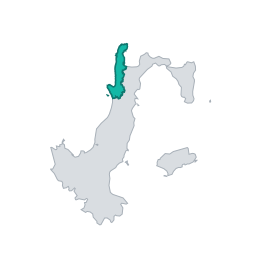 location of Puglia, Bari, Italy, rotated 245°
{"feature_id": "23120603B69806914684511", "entity_name": "Puglia", "entity_type": "district", "adm_level": 2, "iso_a3": "ITA", "parent_name": "Italy", "parent_adm1": "Bari", "projection": "natural_earth1", "projection_center": [17.16, 41.008], "detail": "fine", "context": "in_parent", "style": "filled", "palette": "teal", "viewbox_px": 256, "rotation_deg": 245, "n_neighbors": 0, "source": "geoboundaries", "source_scale": "gbopen_adm2", "svg_char_len": 8699}
<svg xmlns="http://www.w3.org/2000/svg" viewBox="0 0 256 256"><g transform="rotate(245 128 128)"><path d="M55.1,59.7L56.5,60.4L61.9,58.8L65.1,59.7L67.9,58.2L69.7,55.7L69.4,53.9L73.8,51.0L74.1,54.3L76.5,56.6L78.8,57.1L78.2,58.5L80.4,61.3L81.3,61.0L81.7,60.5L81.2,58.2L84.6,53.6L84.8,50.5L85.4,50.2L87.0,50.4L88.2,53.3L93.6,52.4L95.4,54.6L96.3,54.2L95.0,50.4L95.7,48.4L97.1,48.1L98.1,49.0L100.2,49.3L100.3,48.1L99.8,47.3L100.6,44.0L103.7,44.3L105.5,45.5L107.6,45.5L109.5,42.8L111.0,42.2L117.9,42.0L123.1,40.4L123.5,40.8L122.6,42.0L122.9,42.8L125.9,46.7L143.0,49.8L142.7,50.7L139.0,53.1L138.7,54.1L139.2,54.9L142.0,55.5L140.1,57.8L140.1,58.6L141.5,58.8L141.3,61.6L143.1,62.4L145.1,64.8L143.0,65.3L143.9,64.6L141.9,62.2L139.7,63.3L136.3,62.2L133.9,64.5L126.0,67.3L127.4,66.0L126.8,66.0L123.9,67.7L123.2,71.1L125.4,74.5L127.1,75.7L126.2,77.7L125.2,78.5L123.8,77.9L123.4,79.8L124.0,84.7L125.2,88.1L129.0,92.0L131.8,93.2L140.5,99.1L143.6,105.7L146.2,113.9L148.5,117.0L153.2,121.4L157.6,124.7L161.6,126.6L172.3,126.6L175.0,127.3L175.3,128.7L174.8,129.6L171.6,131.9L171.4,133.8L172.9,135.1L180.1,138.5L187.5,141.4L192.5,145.1L199.0,148.3L204.1,153.1L205.9,155.6L206.2,157.6L205.0,161.0L204.3,162.4L200.7,160.4L197.8,154.6L191.5,153.6L189.6,152.6L188.6,150.8L186.6,150.7L185.2,151.6L181.7,157.0L179.8,161.7L179.7,163.6L180.7,165.5L183.8,166.5L187.7,169.8L187.8,174.0L188.5,176.3L187.5,177.7L185.5,177.3L182.8,178.2L180.9,179.7L180.1,181.1L179.9,186.3L176.3,189.0L173.3,194.3L168.7,194.3L167.7,192.7L167.6,190.3L168.4,188.8L170.1,188.1L171.2,185.1L170.9,182.9L171.5,181.9L175.2,180.4L175.4,177.3L174.0,175.9L172.9,170.3L168.5,159.5L167.0,158.5L163.1,158.2L158.5,155.3L158.2,154.1L159.0,153.0L158.4,151.4L157.0,148.7L156.0,148.0L150.3,149.2L151.9,147.0L149.9,145.6L146.3,145.6L146.4,144.6L143.9,140.2L142.2,138.4L135.7,137.5L133.6,138.3L130.4,135.5L127.5,134.5L120.1,126.5L116.6,124.2L114.4,120.7L109.9,118.4L107.8,119.0L107.3,118.5L108.4,117.8L108.2,116.5L105.2,113.1L103.4,112.0L102.2,109.8L99.7,109.2L99.8,105.3L98.9,102.4L97.3,100.1L96.5,94.4L95.8,92.8L93.9,91.5L89.8,90.2L84.0,86.5L77.1,84.8L74.3,86.1L66.7,94.0L59.9,95.8L59.8,94.2L62.5,90.5L62.0,89.1L57.8,89.6L52.4,86.3L51.7,83.3L53.4,80.5L54.4,79.9L53.9,78.0L50.6,76.4L49.4,74.0L49.3,73.2L50.2,72.7L52.2,72.9L55.3,71.1L56.3,68.7L51.9,62.7L52.1,61.5L55.1,59.7ZM126.2,93.5L126.5,92.1L125.1,93.0L125.4,93.7L126.2,93.5ZM167.5,188.7L162.0,196.9L160.1,202.5L160.4,204.6L161.9,206.1L161.1,206.7L162.8,209.3L162.8,210.1L160.3,213.0L160.2,215.6L155.6,215.2L151.9,213.7L150.1,210.7L148.6,209.5L147.0,208.5L143.8,208.6L142.3,208.0L133.8,202.1L130.4,200.6L126.6,200.2L125.0,198.9L123.8,196.3L125.4,192.4L128.0,190.2L130.3,192.7L132.3,191.9L132.4,191.1L133.8,190.0L135.6,190.0L142.3,193.6L145.9,192.6L149.1,193.0L152.1,192.5L156.0,190.4L160.5,190.7L165.7,188.3L167.5,188.7ZM86.9,144.4L89.1,150.9L86.8,154.8L87.5,159.1L85.2,173.5L84.1,173.9L78.4,172.2L77.8,175.6L77.0,176.9L75.8,177.8L72.7,177.5L69.7,172.8L69.6,168.1L70.3,166.8L70.4,164.1L71.6,163.9L71.8,162.1L71.1,161.1L69.9,160.7L70.0,158.7L70.9,157.1L71.0,154.4L69.5,150.9L67.4,148.3L68.0,143.9L69.8,145.0L72.6,145.0L76.0,143.3L81.7,138.1L82.4,139.0L84.6,139.9L86.7,142.1L85.9,143.6L86.9,144.4ZM98.0,111.1L98.5,112.1L98.3,113.5L97.2,112.7L94.4,113.0L94.2,112.3L97.5,111.7L98.0,111.1ZM70.4,175.2L69.6,176.8L68.8,174.6L68.9,174.3L70.4,175.2ZM69.7,140.7L68.4,142.5L67.8,142.5L69.4,140.4L69.7,140.7ZM118.3,214.4L116.8,214.0L116.7,213.2L117.9,213.3L118.3,214.4ZM145.2,146.8L143.9,147.3L144.0,146.5L145.2,146.8Z" fill="#d9dde1" stroke="#a8b0b8" stroke-width="1"/><path d="M158.8,133.7L159.6,134.4L159.7,134.8L159.9,134.7L159.9,134.9L160.6,135.2L160.7,135.3L160.4,135.5L160.6,135.8L160.3,135.9L160.1,136.1L160.2,136.8L161.0,137.1L161.0,137.3L161.1,137.5L161.3,137.7L162.0,137.6L161.9,137.7L162.2,137.8L162.6,137.8L163.0,138.2L163.0,138.4L162.6,138.5L162.8,139.1L162.3,139.3L162.1,139.6L162.0,139.8L162.2,140.0L162.5,140.1L162.7,140.4L162.8,140.5L163.2,140.9L163.5,140.7L164.0,140.8L164.2,141.0L164.6,140.6L164.8,140.8L165.0,140.8L165.2,141.1L165.7,141.1L165.8,141.2L166.5,141.5L166.5,141.2L167.0,140.8L167.6,140.7L167.9,140.9L168.2,140.9L168.2,141.0L168.5,141.0L169.2,140.7L169.6,141.0L170.0,140.9L170.0,140.7L170.4,140.4L170.4,140.2L170.6,140.3L170.7,140.2L170.9,140.2L171.1,140.1L171.3,140.3L171.6,140.5L172.1,140.6L172.1,140.9L172.4,140.8L172.5,140.9L172.4,141.1L172.7,141.5L172.8,141.4L173.0,141.5L173.2,141.8L173.1,142.0L173.1,142.5L172.8,142.9L172.3,142.9L172.4,143.1L173.9,143.8L174.3,144.2L174.5,144.0L174.5,143.8L174.9,143.6L175.4,143.8L175.6,144.0L175.8,144.9L176.1,145.4L176.4,145.8L176.9,146.1L177.4,146.7L177.8,146.9L178.1,147.4L178.4,147.5L178.7,147.3L179.1,146.9L179.4,146.4L179.6,146.7L179.6,146.9L179.9,147.1L180.0,147.1L179.9,146.9L180.0,146.8L179.8,146.7L180.1,146.5L180.3,146.8L180.5,146.8L180.3,146.5L180.5,146.4L180.7,146.6L181.2,146.6L181.3,146.6L181.3,146.8L181.5,146.8L181.6,146.7L181.7,146.8L182.4,147.3L182.2,147.4L182.1,147.5L182.3,147.7L182.5,147.7L182.2,148.6L182.3,148.9L182.5,149.2L182.3,149.3L182.3,149.5L182.2,149.9L182.4,150.3L182.3,150.5L182.6,150.7L182.4,151.2L182.7,151.5L182.8,151.4L182.8,151.5L183.2,151.6L183.5,151.6L183.6,152.0L183.9,152.4L184.1,152.4L184.1,152.6L184.3,152.6L185.1,151.7L186.1,151.0L187.1,150.6L187.7,150.5L188.1,150.7L188.1,151.0L188.3,150.8L188.2,150.9L188.4,150.9L188.5,151.1L188.7,151.3L188.8,151.4L188.7,151.3L188.8,151.3L188.8,151.2L189.1,151.3L189.0,151.2L189.2,151.3L189.5,151.5L189.5,151.8L189.5,152.0L189.3,152.2L189.0,152.2L188.9,152.4L189.2,152.4L189.9,152.8L190.2,152.9L190.3,153.1L190.9,153.3L191.5,153.7L192.1,153.8L192.3,154.0L192.8,154.1L193.0,154.4L195.3,154.2L197.2,154.4L197.5,154.6L197.8,154.5L198.1,154.8L198.2,155.0L198.2,154.9L198.4,155.1L198.4,155.3L198.2,155.1L198.6,155.6L198.5,155.9L198.6,156.2L199.1,156.7L199.2,156.8L199.3,156.8L199.4,157.0L199.5,157.0L199.8,157.5L199.8,157.9L199.7,158.2L199.3,158.4L199.6,158.5L199.9,158.8L199.9,159.1L199.9,159.3L199.7,159.4L199.8,159.8L200.0,160.0L200.3,160.6L202.0,161.9L202.4,162.1L203.3,162.1L203.9,162.6L204.1,162.6L204.3,162.9L204.6,162.8L205.0,162.4L204.9,162.0L205.1,161.2L204.9,160.9L205.3,159.5L205.4,159.3L205.5,159.4L205.5,158.9L206.1,158.6L206.2,158.0L206.7,157.5L206.5,157.2L206.5,156.9L206.2,156.8L206.3,156.7L206.0,156.2L205.9,156.1L205.8,155.8L205.9,155.5L205.6,155.0L205.6,154.8L205.4,154.7L205.5,154.6L205.4,154.4L204.9,154.0L204.5,153.5L203.9,153.0L203.8,152.9L203.8,152.7L203.4,152.4L202.8,151.7L202.3,151.4L201.3,151.0L201.2,150.8L200.7,150.4L200.7,150.2L200.2,149.9L200.1,149.7L200.2,149.2L199.8,148.8L199.8,148.6L199.6,148.4L199.4,148.4L199.5,148.4L199.4,148.5L199.3,148.3L199.2,148.4L199.0,148.6L198.9,148.6L198.6,148.5L199.0,148.4L199.1,148.1L199.2,148.3L199.2,148.1L199.6,148.1L199.0,148.1L198.8,147.7L198.6,147.8L197.4,147.6L196.9,147.3L196.9,147.2L196.2,146.9L195.7,146.5L193.7,145.8L192.9,145.5L191.7,144.6L191.4,144.2L190.9,144.0L190.7,143.6L190.2,143.1L190.3,143.1L190.1,143.1L189.8,142.8L189.7,142.9L189.3,142.5L188.9,142.4L188.6,142.0L188.0,141.8L187.5,141.5L187.5,141.4L187.5,141.5L186.9,141.1L185.6,140.8L185.2,140.5L184.5,140.4L184.4,140.3L184.5,140.3L184.4,140.2L184.1,139.9L184.4,140.1L184.2,140.2L183.9,140.1L183.6,140.1L183.1,139.7L182.1,139.4L181.7,139.2L181.1,139.1L180.7,138.8L180.7,139.0L180.5,138.9L179.9,138.4L178.7,138.0L178.4,137.6L178.1,137.6L177.5,137.3L176.8,137.0L176.7,137.0L176.7,136.9L176.7,137.0L176.5,136.9L176.2,136.9L175.5,136.3L174.9,136.1L174.5,135.8L174.4,135.9L172.7,135.0L172.1,134.6L171.7,134.1L171.4,133.3L171.3,132.5L171.4,132.0L171.7,131.9L172.0,131.6L173.6,130.7L173.7,130.4L174.3,130.1L174.4,129.9L174.7,129.9L174.7,129.7L174.9,129.7L175.0,129.5L175.2,129.4L175.3,129.2L175.3,128.5L175.3,128.4L175.2,128.2L175.1,127.9L175.1,127.6L175.2,127.4L174.9,127.4L174.8,127.1L174.4,127.0L173.9,126.5L173.6,126.4L173.1,126.5L172.9,126.4L171.7,126.7L168.8,127.0L168.4,127.0L168.3,126.8L167.7,126.7L166.1,127.1L164.8,127.2L164.2,127.2L163.9,126.9L162.1,126.9L161.2,126.7L161.1,127.2L161.2,127.6L160.9,128.0L160.7,128.1L160.7,128.3L160.9,128.6L160.9,128.9L160.9,129.1L160.7,129.2L160.6,129.5L160.9,129.8L160.7,129.8L160.9,130.3L161.5,130.4L160.9,130.7L160.7,130.8L160.7,131.1L160.5,130.9L160.5,131.0L160.3,131.2L160.2,131.3L159.9,131.5L159.7,131.6L159.6,131.9L159.4,131.9L159.2,131.8L159.2,131.6L158.8,131.5L158.4,131.9L158.7,132.1L158.6,132.3L158.6,132.7L158.5,133.1L158.4,133.5L158.8,133.7ZM181.2,146.5L181.4,146.6L181.2,146.6L181.2,146.5ZM166.0,123.5L165.7,123.6L165.8,123.8L165.9,123.7L166.0,123.5L166.0,123.5ZM188.4,151.8L188.3,151.6L188.0,151.7L188.2,151.8L188.4,151.8ZM166.4,123.2L166.2,123.2L166.2,123.4L166.4,123.2ZM166.1,123.5L166.3,123.4L166.1,123.5L166.1,123.5Z" fill="#14b8a6" stroke="#0f766e" stroke-width="1.5"/></g></svg>